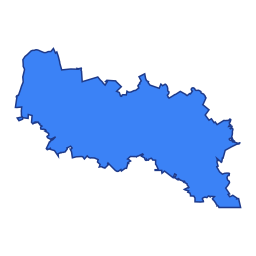 Las Margaritas, Chiapas, Mexico (Mercator projection)
{"feature_id": "50627088B80831055738102", "entity_name": "Las Margaritas", "entity_type": "district", "adm_level": 2, "iso_a3": "MEX", "parent_name": "Mexico", "parent_adm1": "Chiapas", "projection": "mercator", "projection_center": [-91.688, 16.374], "detail": "fine", "context": "isolated", "style": "filled", "palette": "blue", "viewbox_px": 256, "rotation_deg": 0, "n_neighbors": 0, "source": "geoboundaries", "source_scale": "gbopen_adm2", "svg_char_len": 5784}
<svg xmlns="http://www.w3.org/2000/svg" viewBox="0 0 256 256"><path d="M219.0,207.5L240.6,207.5L238.6,198.6L237.1,198.8L237.4,198.4L232.8,195.3L231.6,196.0L229.7,196.7L228.1,194.4L229.6,193.9L225.7,188.1L227.8,185.5L229.5,182.7L229.3,181.5L229.1,181.1L228.0,180.4L227.5,179.6L227.0,177.8L227.2,176.9L228.0,175.7L228.6,175.1L229.1,175.3L229.4,173.5L228.9,173.2L227.0,173.1L224.7,173.3L222.4,174.1L219.6,171.9L216.7,166.8L216.7,166.6L218.1,166.1L216.9,162.0L217.3,160.2L217.6,160.3L216.9,158.4L220.4,161.4L221.2,162.3L221.8,161.8L222.4,158.1L223.0,158.2L223.1,157.9L225.2,150.3L231.3,146.9L236.8,144.2L239.2,143.9L239.2,144.1L239.8,142.9L239.5,142.8L238.2,143.4L235.6,142.5L235.0,142.5L234.4,142.2L234.6,141.3L234.4,141.1L233.6,141.9L232.8,141.9L232.5,141.7L232.5,141.3L233.4,140.3L232.4,139.0L231.9,138.8L231.6,138.9L231.6,139.4L231.9,140.3L231.3,140.6L230.0,140.2L229.5,139.7L229.2,139.1L229.4,138.7L230.1,138.3L230.8,138.1L232.0,138.2L232.3,138.1L231.7,136.7L232.2,134.9L232.4,133.7L232.4,131.3L232.8,130.0L232.9,129.3L232.6,128.5L232.1,128.3L230.4,128.8L230.2,128.5L231.2,127.8L232.0,126.7L232.0,126.3L231.3,126.0L228.6,126.5L228.7,126.2L230.2,125.8L230.8,125.3L230.6,124.8L229.7,124.5L229.4,123.9L229.5,123.6L229.4,122.6L230.0,122.2L230.5,120.9L230.8,119.7L230.6,119.4L230.1,119.2L229.8,119.4L229.6,119.3L229.1,120.5L228.6,120.2L228.1,120.6L227.6,120.4L225.0,120.6L223.9,120.4L217.1,124.6L215.2,122.0L214.1,122.7L211.4,118.8L209.0,120.2L205.2,115.0L209.0,109.8L202.8,104.7L203.1,104.3L206.0,97.9L205.4,97.4L205.4,96.7L205.0,95.9L203.6,94.1L201.2,93.0L201.0,92.6L200.9,91.6L200.7,91.4L198.7,90.3L196.0,90.4L195.3,90.0L195.0,89.6L194.9,89.0L194.0,88.1L193.6,87.9L192.3,87.9L191.9,88.1L191.3,88.9L191.2,89.7L191.5,90.2L191.8,90.7L192.4,91.1L191.7,92.1L190.4,93.9L189.6,93.6L187.1,95.6L186.1,95.0L185.9,94.5L180.3,91.4L175.4,94.5L174.7,94.6L173.1,95.7L169.1,98.1L168.1,97.2L168.1,96.7L167.4,95.5L167.6,94.7L168.2,94.3L168.8,93.3L169.0,92.0L167.7,90.8L167.7,88.3L167.2,86.4L166.0,84.7L165.5,84.3L165.1,84.2L162.6,85.7L160.9,84.1L159.2,88.3L150.0,85.1L148.1,82.7L148.5,81.7L146.5,80.6L145.6,78.5L144.7,73.8L139.0,76.7L141.2,80.9L139.6,83.0L139.9,83.8L139.0,84.2L138.1,85.5L138.3,86.0L138.0,86.1L138.8,88.0L135.6,90.4L134.0,90.6L131.0,92.0L129.5,92.2L128.6,92.2L127.0,91.2L126.3,94.9L122.8,94.7L121.9,95.3L121.7,95.8L121.6,96.3L121.1,96.3L120.5,96.0L119.3,92.5L116.6,91.3L121.3,86.7L115.9,81.4L115.7,80.9L106.8,80.3L105.5,81.6L106.3,81.9L107.7,81.0L105.1,85.1L103.2,83.2L102.0,81.6L100.4,80.2L97.8,77.0L82.2,81.7L81.5,71.1L81.0,70.2L81.4,68.7L81.2,68.1L79.1,68.6L79.1,68.8L77.2,68.5L77.6,69.2L70.7,69.0L61.7,69.9L59.8,63.3L59.6,61.6L58.2,56.1L56.8,52.0L55.5,53.1L53.4,48.5L50.9,51.5L48.2,51.6L46.2,52.5L45.4,52.6L44.0,52.6L40.6,51.2L38.4,50.2L36.8,49.8L35.3,49.9L34.5,50.3L32.4,50.4L31.0,51.0L27.3,54.6L25.0,56.5L22.9,59.7L23.2,64.0L23.2,66.4L24.3,68.6L24.5,69.8L22.8,76.9L23.2,82.0L21.5,86.2L20.3,90.1L18.4,95.4L17.7,95.3L16.6,96.0L16.4,96.5L17.0,96.4L15.4,107.4L17.0,107.5L21.7,107.0L21.3,111.0L21.4,112.4L21.4,115.2L21.7,116.1L22.3,116.9L17.2,118.0L19.0,120.7L22.6,119.2L22.8,117.7L28.1,118.4L28.3,114.5L32.1,115.5L31.5,122.3L32.9,123.9L33.6,123.3L34.0,122.7L34.1,123.0L34.5,122.7L34.5,122.4L34.6,122.6L34.8,122.5L34.7,122.7L34.9,122.7L34.9,123.0L35.3,122.9L35.4,122.4L36.4,122.6L36.6,122.5L36.6,122.4L36.8,122.5L36.9,122.2L37.6,122.2L37.9,122.0L38.3,122.2L38.8,123.3L39.7,123.6L39.6,124.6L41.9,126.1L40.7,127.0L40.6,127.6L40.8,129.0L42.5,129.3L43.3,129.1L45.5,129.7L45.6,130.2L46.0,130.5L46.0,130.8L45.0,131.1L45.5,131.4L45.8,131.7L46.6,131.8L47.3,132.6L48.1,133.0L48.7,133.6L48.7,135.5L48.2,135.6L47.0,136.4L47.4,137.5L48.0,138.0L50.4,139.2L52.5,138.5L55.6,136.8L52.8,139.7L50.6,140.8L50.6,141.1L50.3,141.7L50.0,141.6L49.8,141.7L49.5,141.3L49.6,141.5L48.7,143.6L46.3,148.6L46.6,149.0L47.2,149.0L47.2,149.6L47.4,149.7L47.9,149.5L50.3,148.2L50.4,148.4L49.5,149.1L54.5,150.6L58.3,156.2L58.1,153.8L60.7,152.5L61.0,152.9L61.8,152.4L63.1,152.4L65.3,151.8L65.6,151.4L65.9,150.6L66.4,150.2L67.1,149.2L67.3,148.8L66.9,148.0L70.6,146.2L72.1,148.0L71.1,149.1L70.2,149.1L71.5,151.8L72.4,157.8L76.2,156.8L81.2,156.5L82.7,156.7L84.4,159.0L87.2,155.9L88.2,157.0L89.3,157.7L90.6,158.0L91.3,157.8L94.5,158.0L98.2,159.6L97.7,161.0L97.5,162.0L100.1,164.4L99.2,167.0L100.5,166.7L102.1,166.9L103.3,167.7L104.2,167.6L104.9,168.1L108.4,164.6L107.6,163.8L108.0,163.0L115.4,170.5L117.1,171.4L118.3,171.3L120.9,169.5L121.4,171.0L125.2,168.3L126.5,168.3L127.4,165.2L127.6,163.6L128.5,163.5L127.9,162.6L130.6,161.0L128.5,159.3L128.1,159.3L127.5,159.0L130.4,156.5L136.2,156.6L136.5,156.9L137.1,156.3L138.5,155.9L142.6,153.9L143.2,154.7L140.7,156.3L141.8,156.2L142.3,156.7L144.4,157.8L145.1,159.7L145.7,160.3L146.2,160.4L146.6,160.2L146.6,159.5L147.0,160.0L147.9,160.2L148.4,160.2L148.6,160.0L148.8,159.2L150.5,158.6L151.1,158.2L151.7,158.5L152.6,160.0L155.6,160.2L155.6,164.2L156.4,165.3L158.4,169.6L155.1,169.7L155.1,170.4L161.7,170.4L161.7,171.6L162.0,173.2L164.5,171.1L173.1,177.7L174.7,173.9L176.2,174.8L175.9,175.7L174.7,177.4L174.7,177.8L175.0,177.8L177.5,179.7L178.4,179.8L178.3,179.3L178.0,179.2L177.8,178.9L178.3,178.5L178.5,178.6L180.5,180.2L181.6,180.5L183.1,181.3L183.5,181.9L183.9,181.2L184.4,181.2L184.7,181.4L184.6,182.0L185.0,182.8L185.9,183.1L186.3,183.5L187.0,183.7L187.2,185.0L188.0,185.9L188.9,187.4L188.6,187.7L188.4,187.4L184.3,189.4L185.1,189.9L188.6,190.9L187.8,192.2L190.0,193.1L190.5,195.0L190.5,195.9L193.8,196.1L195.0,198.0L195.0,201.8L200.6,202.0L203.4,201.7L203.4,201.2L203.1,200.3L202.5,199.5L202.4,198.4L203.4,197.7L204.9,197.1L206.9,197.6L208.4,196.0L209.3,196.2L210.2,197.0L210.8,196.3L214.4,196.6L212.4,198.8L212.9,199.7L213.5,200.0L215.7,203.0L216.5,204.6L217.0,205.0L217.0,205.8L217.4,205.6L218.3,206.1L219.0,207.5Z" fill="#3b82f6" stroke="#1e3a8a" stroke-width="1.5"/></svg>